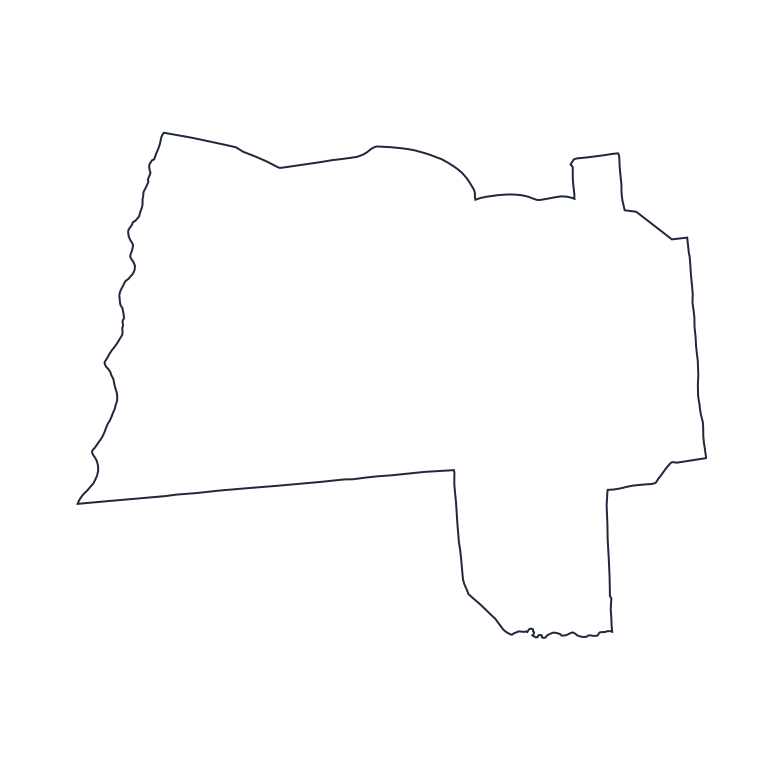 Siem Reap, Siemréab, Cambodia, rotated 85°
{"feature_id": "14789045B16739970374251", "entity_name": "Siem Reap", "entity_type": "district", "adm_level": 2, "iso_a3": "KHM", "parent_name": "Cambodia", "parent_adm1": "Siemréab", "projection": "natural_earth1", "projection_center": [103.853, 13.34], "detail": "fine", "context": "isolated", "style": "outline", "palette": "slate", "viewbox_px": 768, "rotation_deg": 85, "n_neighbors": 0, "source": "geoboundaries", "source_scale": "gbopen_adm2", "svg_char_len": 5325}
<svg xmlns="http://www.w3.org/2000/svg" viewBox="0 0 768 768"><g transform="rotate(85 384 384)"><path d="M279.1,68.9L264.6,69.2L265.0,84.6L234.4,117.7L231.9,129.1L221.7,130.5L217.7,130.7L212.3,130.6L206.0,130.1L199.6,130.2L193.5,130.3L187.5,130.3L183.7,130.1L179.9,129.9L176.4,130.0L174.6,130.7L174.7,137.0L175.2,143.5L175.6,152.5L175.9,159.8L176.0,165.5L176.1,172.4L176.9,175.5L179.3,177.3L180.7,178.3L181.7,179.0L183.1,177.8L184.2,177.2L186.3,177.2L189.7,177.5L193.6,177.9L199.7,178.1L205.9,178.0L211.8,177.8L214.3,178.1L216.1,178.1L214.9,180.8L214.3,182.3L213.2,186.1L212.5,191.6L212.9,197.7L213.4,202.1L214.0,209.1L214.3,213.3L213.8,216.0L211.8,220.4L210.4,223.1L209.3,226.0L207.8,231.0L206.8,236.5L206.1,242.1L205.9,246.9L205.8,253.7L206.1,260.2L206.4,265.8L207.1,271.7L208.0,275.3L208.4,276.9L205.2,277.1L201.5,276.8L198.5,277.4L193.6,279.7L190.3,281.4L186.1,283.7L180.5,287.8L176.1,292.2L173.0,295.9L169.1,301.0L165.0,307.1L162.9,311.6L162.1,313.2L159.1,319.5L156.4,326.3L153.8,333.4L152.0,340.0L150.3,347.8L148.6,357.2L147.5,365.1L146.8,369.6L147.0,372.3L148.5,376.0L151.5,380.5L153.6,384.6L155.4,391.1L155.8,397.9L156.2,406.6L156.5,416.6L157.2,425.1L157.9,435.6L158.6,448.8L159.1,456.9L159.7,468.1L159.3,470.0L152.0,481.6L145.9,492.8L140.2,504.4L135.3,510.8L132.2,520.4L128.1,533.8L122.1,553.4L114.5,581.4L115.8,582.6L118.1,584.0L119.5,584.5L121.1,585.1L123.1,585.6L125.1,586.3L126.8,586.9L130.4,588.6L132.8,589.9L135.4,591.2L136.8,591.9L138.0,592.4L140.3,593.5L140.8,595.4L142.2,596.6L143.2,597.3L144.3,598.3L146.3,598.9L148.4,599.0L149.9,598.8L151.5,598.7L153.3,598.2L156.8,599.9L158.3,600.7L159.9,601.4L161.7,601.1L163.4,601.8L166.2,603.4L168.0,604.4L169.6,605.4L171.1,606.5L172.6,607.0L173.9,607.2L175.5,607.5L176.8,607.7L178.5,608.4L180.2,608.5L182.0,608.7L185.0,609.1L187.7,610.0L191.3,611.8L194.5,612.9L195.9,613.5L198.5,616.3L199.7,617.3L200.5,619.2L201.2,620.2L203.3,621.2L204.8,622.3L206.4,623.7L207.7,624.8L208.7,625.3L210.0,625.6L212.3,625.6L214.2,625.5L215.9,625.1L218.4,624.2L220.0,623.4L222.0,622.4L223.9,621.9L227.3,622.8L229.2,623.5L230.9,624.2L233.4,625.5L235.3,625.7L237.5,624.8L240.9,622.9L244.4,621.8L246.7,622.1L248.9,622.6L250.4,623.5L251.5,624.1L253.2,625.3L254.6,627.1L256.5,628.8L257.7,630.5L258.9,632.5L260.7,633.8L262.9,635.1L265.0,636.4L266.7,637.5L268.4,638.5L270.6,639.4L273.0,640.0L277.0,639.9L280.2,639.9L282.7,639.5L285.9,637.9L289.0,637.6L291.6,637.3L293.2,637.3L294.8,637.2L296.5,637.6L297.4,638.4L299.2,639.2L301.1,638.8L303.5,639.0L305.2,639.8L307.1,639.9L309.7,639.9L312.2,640.5L313.9,641.7L315.5,642.9L317.7,644.5L319.9,646.1L322.9,648.6L324.6,650.2L326.8,652.3L329.8,654.7L332.4,656.4L334.5,657.8L337.0,659.8L338.5,660.6L340.4,660.2L342.5,659.4L344.8,657.6L346.7,656.4L348.6,655.4L350.6,655.2L355.4,653.2L358.5,652.8L362.0,652.5L366.0,651.7L369.8,650.9L373.4,650.9L375.5,651.1L377.4,651.3L381.7,653.2L385.2,654.3L387.2,655.4L388.7,656.3L392.9,658.3L397.0,660.6L399.5,662.6L403.8,664.9L407.4,666.5L411.9,669.1L415.3,671.7L417.6,673.8L419.7,675.4L422.5,677.8L424.1,679.7L425.2,680.5L426.9,680.8L429.8,679.7L432.9,677.9L436.1,676.7L440.8,676.0L445.5,676.3L450.5,677.9L453.8,679.8L457.8,682.2L460.3,685.0L462.5,687.1L464.8,689.5L467.1,692.5L469.3,694.7L471.7,696.7L475.3,699.1L476.7,699.6L476.6,668.8L476.6,610.9L476.1,601.0L476.3,579.9L475.8,557.4L475.9,527.6L476.1,498.6L476.0,454.3L475.8,444.3L475.6,431.6L476.2,423.4L475.6,409.5L475.4,398.3L475.6,384.0L475.3,363.6L475.1,351.5L475.2,347.5L475.6,333.0L475.9,321.8L478.9,321.6L483.1,322.1L490.4,322.7L499.3,322.7L507.6,322.6L514.0,322.7L522.0,322.9L530.0,323.1L541.2,323.1L547.4,323.2L556.2,322.6L563.6,322.4L571.6,322.4L578.7,322.4L585.9,322.3L590.5,321.4L596.1,319.5L598.8,318.6L600.3,318.4L601.6,317.3L604.8,314.3L607.9,311.3L613.0,306.4L616.3,303.5L619.9,300.4L624.0,296.9L627.4,293.7L631.6,291.2L635.4,288.8L638.8,286.8L641.4,284.2L643.1,281.9L644.5,279.8L644.9,278.5L643.5,275.9L642.9,273.4L642.2,271.5L642.6,268.8L643.2,265.8L642.8,264.3L643.6,262.9L642.4,262.0L640.8,260.6L640.5,258.7L641.4,257.0L643.3,257.0L644.5,256.1L646.6,257.1L647.4,258.1L648.7,256.2L649.6,255.1L649.6,253.1L648.6,252.6L647.5,251.3L648.1,248.8L650.2,248.7L650.9,246.8L650.5,245.0L649.5,244.3L648.4,243.0L647.4,240.2L646.8,238.6L646.5,237.4L646.6,235.4L647.0,234.2L648.0,231.4L648.7,230.1L650.2,228.9L650.2,226.8L650.2,225.5L649.8,223.4L648.7,220.8L647.9,217.8L648.6,216.4L649.7,214.9L651.2,213.5L652.8,210.0L653.4,207.2L653.5,204.2L652.4,202.8L652.3,200.3L653.1,197.9L653.4,194.0L652.7,192.7L651.0,191.6L650.1,190.2L650.3,187.9L650.2,186.2L650.3,184.8L649.7,183.3L649.9,180.1L650.7,178.3L644.2,178.3L635.6,177.9L628.4,177.8L617.3,176.2L614.9,177.4L596.2,176.1L577.5,175.3L557.7,174.7L543.7,173.7L524.4,172.8L513.2,171.2L511.3,170.9L509.0,170.4L509.1,164.2L508.7,158.4L507.4,149.5L506.9,144.4L506.8,137.6L506.8,132.0L507.0,125.9L506.1,121.9L502.7,119.3L499.6,116.4L496.0,113.3L491.9,109.8L489.4,107.1L487.3,104.9L487.0,102.9L487.9,99.2L486.0,71.2L485.9,69.8L484.4,69.5L481.4,69.8L476.3,70.0L470.9,70.4L464.3,70.5L454.8,69.8L449.8,69.7L442.5,70.9L435.5,71.5L432.3,71.4L428.6,71.8L422.7,72.1L412.1,71.4L402.3,70.1L394.3,69.7L388.0,69.4L379.6,69.7L373.1,69.8L363.9,69.5L354.4,69.7L344.8,69.0L337.5,69.2L330.0,69.6L321.4,68.6L313.6,68.6L304.1,68.7L298.4,68.6L292.4,68.5L284.2,68.4L279.1,68.9Z" fill="none" stroke="#1e293b" stroke-width="2"/></g></svg>